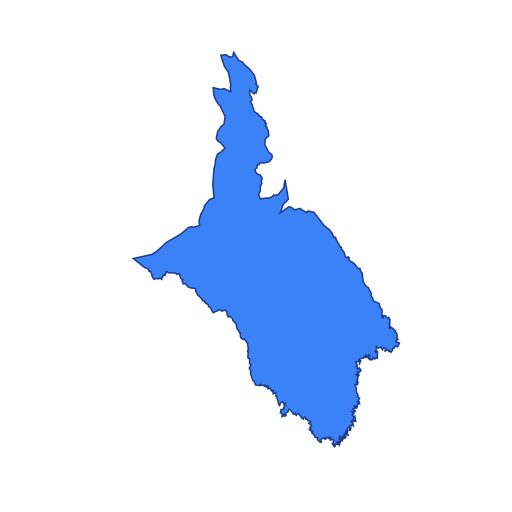 the district of Mueang Chaiyaphum, Chaiyaphum, Thailand, rotated 347°
{"feature_id": "78962969B81450935958728", "entity_name": "Mueang Chaiyaphum", "entity_type": "district", "adm_level": 2, "iso_a3": "THA", "parent_name": "Thailand", "parent_adm1": "Chaiyaphum", "projection": "equal_earth", "projection_center": [102.047, 15.936], "detail": "fine", "context": "isolated", "style": "filled", "palette": "blue", "viewbox_px": 512, "rotation_deg": 347, "n_neighbors": 0, "source": "geoboundaries", "source_scale": "gbopen_adm2", "svg_char_len": 6137}
<svg xmlns="http://www.w3.org/2000/svg" viewBox="0 0 512 512"><g transform="rotate(347 256 256)"><path d="M244.5,414.4L246.1,415.4L245.2,418.3L246.4,418.2L246.5,417.0L247.5,416.6L247.8,418.2L248.6,418.5L249.6,418.0L249.3,415.7L252.2,415.1L252.3,414.0L253.9,412.6L256.4,416.7L256.6,418.4L258.9,418.1L258.6,419.5L259.6,420.4L260.5,419.2L262.1,419.2L264.4,424.7L265.5,425.6L266.5,423.8L267.3,423.7L267.9,424.3L267.8,426.2L269.2,426.6L269.5,428.1L271.1,428.5L272.0,430.2L269.8,430.8L271.5,432.8L271.7,434.5L270.1,434.8L270.4,436.8L269.3,436.4L269.0,437.3L270.5,439.1L270.6,440.3L271.8,438.8L271.2,441.5L272.6,443.9L272.9,446.1L275.2,446.8L274.5,448.4L276.2,451.5L277.6,452.2L278.0,451.1L277.3,449.7L280.0,448.4L281.8,449.7L282.3,448.0L282.7,450.0L284.8,448.8L286.2,450.6L287.1,450.1L287.1,449.1L288.0,450.3L287.2,452.2L289.8,452.0L290.5,453.3L289.3,454.5L289.2,456.1L288.1,456.2L289.4,459.5L290.5,458.9L290.5,457.0L293.7,458.1L293.0,455.9L295.3,457.0L294.3,458.4L294.6,459.0L296.2,456.2L294.5,456.0L294.5,455.3L297.6,455.3L297.2,454.1L295.7,453.2L297.0,450.6L297.9,451.0L297.8,453.3L298.5,455.0L300.3,450.8L301.6,452.2L300.3,453.7L302.5,453.2L303.0,452.0L302.1,451.3L302.2,449.4L305.4,451.2L305.0,449.4L305.6,447.9L304.2,448.8L303.4,447.9L305.0,446.3L305.8,446.7L306.4,444.2L307.8,444.3L308.1,443.2L308.4,445.5L307.9,446.8L308.7,447.2L309.8,444.9L308.8,444.0L309.5,442.1L311.0,443.0L312.0,441.7L312.7,443.0L312.9,439.5L311.8,439.4L311.6,438.4L313.3,438.1L314.0,437.1L314.2,438.6L315.9,439.7L316.3,434.2L314.9,434.7L314.0,432.3L315.8,431.7L314.7,429.9L316.0,430.5L316.7,428.8L317.6,429.8L318.0,429.3L315.8,427.0L318.0,426.4L318.0,424.3L319.6,425.0L319.2,426.7L320.3,426.6L322.0,422.7L323.2,423.2L322.3,421.3L323.8,421.9L323.3,419.6L325.0,417.9L323.6,416.2L324.0,414.6L323.2,409.8L324.1,407.5L323.2,403.8L323.9,403.3L325.5,404.3L326.4,403.6L326.3,402.2L325.0,401.6L327.1,401.7L326.5,400.0L328.0,397.5L326.9,394.0L327.9,393.8L328.3,396.2L329.5,395.4L329.4,393.0L328.2,391.3L330.1,392.6L330.9,391.5L332.1,391.7L332.5,390.7L331.5,388.3L330.1,389.4L329.1,388.4L329.7,387.6L328.8,386.3L330.1,385.8L329.5,381.4L332.8,382.0L332.8,384.1L334.5,381.6L332.8,380.5L333.4,379.5L337.5,379.7L338.9,378.1L340.1,379.7L340.8,377.3L341.8,379.4L343.8,377.5L344.4,378.7L342.3,380.3L343.3,382.3L344.4,381.6L344.6,383.1L346.4,383.1L347.2,381.3L348.6,383.1L350.2,382.2L351.2,382.9L353.0,376.4L352.1,375.9L351.1,376.9L350.6,376.0L351.9,374.7L352.9,371.2L354.1,373.3L357.3,372.9L358.1,375.9L359.4,374.2L361.5,375.3L361.7,376.1L359.7,377.8L363.5,376.9L363.8,378.8L365.1,378.6L365.7,380.2L367.8,378.6L368.5,376.8L370.4,376.6L371.4,374.7L373.5,376.3L376.1,373.4L375.8,372.5L372.9,371.3L373.6,369.7L375.6,369.4L374.7,367.7L375.7,366.5L375.7,362.8L374.6,361.7L375.1,360.3L371.0,355.0L370.4,356.6L369.6,356.1L370.9,352.9L370.4,351.7L371.4,351.5L372.3,347.7L371.4,346.8L371.8,345.1L371.0,346.1L369.6,345.5L368.8,343.4L366.6,342.9L366.0,344.8L365.0,344.2L366.8,336.4L365.4,334.9L365.3,329.9L360.3,326.2L360.2,323.1L359.2,320.7L360.0,318.7L358.3,312.1L356.3,310.0L354.7,305.1L355.6,296.6L354.5,294.2L354.5,291.6L352.7,290.9L349.7,285.1L345.4,280.8L346.5,279.0L345.6,278.7L345.6,277.6L343.0,277.6L342.5,271.5L340.8,268.3L341.0,266.7L340.3,266.4L337.9,258.4L337.7,255.6L335.6,255.1L335.6,251.9L333.6,247.2L329.0,241.3L322.3,226.4L316.6,223.8L315.1,225.2L309.5,219.5L304.1,219.8L301.5,216.7L299.3,215.4L289.3,219.4L294.0,212.1L300.3,207.9L301.5,188.2L298.3,195.9L291.6,201.0L289.5,201.4L287.1,200.5L285.2,201.8L280.6,202.7L280.0,201.9L273.0,201.3L272.3,196.7L274.7,193.9L275.7,189.7L278.0,186.6L278.2,183.5L279.6,182.0L278.1,177.6L276.1,176.9L274.9,175.0L274.1,171.5L276.5,170.6L278.1,167.0L279.3,167.8L281.2,165.9L284.4,167.2L290.1,167.1L293.0,165.0L294.3,162.6L294.3,160.8L291.8,157.8L289.6,149.3L291.6,144.0L295.5,141.7L296.1,136.5L295.2,133.1L295.7,132.7L294.4,131.1L295.1,130.6L295.0,129.0L295.7,129.1L294.9,127.2L295.3,126.5L292.7,123.9L292.9,121.8L290.7,120.6L290.4,118.8L286.8,114.9L286.2,106.8L285.2,104.5L287.3,103.2L287.3,100.3L286.2,97.6L287.3,92.8L290.5,97.7L291.7,96.8L293.0,97.1L295.0,92.9L296.2,91.9L295.7,89.9L294.6,89.0L294.6,87.9L295.3,87.8L295.1,79.6L291.9,72.5L287.6,66.8L286.8,64.4L283.2,61.5L280.0,52.6L278.2,56.3L277.0,56.7L274.5,55.8L272.0,53.1L266.8,52.5L267.9,64.3L270.2,70.2L270.5,73.3L269.8,84.5L268.9,85.9L268.3,90.2L262.8,85.9L258.4,85.5L252.2,82.3L251.1,89.8L251.7,94.0L253.3,99.3L254.9,102.0L257.3,113.2L254.4,120.4L251.1,122.0L246.8,126.0L244.1,131.4L243.8,132.7L244.6,135.3L247.1,137.8L250.1,143.9L244.1,147.3L241.6,147.8L238.0,153.4L237.1,157.2L234.7,161.3L229.9,176.8L228.3,189.7L223.6,190.5L217.2,195.3L215.8,198.3L211.6,202.9L209.2,207.2L208.2,209.8L208.1,213.5L202.3,214.0L199.7,212.9L196.8,213.0L187.9,217.6L171.6,222.7L161.4,228.6L155.2,231.0L135.9,230.9L145.3,242.7L147.0,243.3L148.3,245.4L148.3,247.1L150.0,247.3L150.4,253.7L151.5,255.8L153.8,255.5L156.0,256.4L157.0,255.8L159.0,257.5L159.2,256.1L160.5,255.4L160.7,254.4L162.7,253.6L163.1,254.4L165.3,250.9L167.0,252.7L173.4,254.3L174.7,256.1L177.4,256.0L177.5,260.7L179.3,262.6L178.3,263.7L179.0,265.6L178.6,266.8L180.4,266.9L182.0,268.5L182.4,270.4L185.5,272.6L189.7,273.9L189.3,277.0L190.6,281.2L193.4,285.3L194.0,287.7L195.3,287.9L195.7,289.5L196.5,289.8L196.3,290.7L198.7,292.7L198.3,294.5L199.9,296.0L201.4,301.6L208.7,300.1L210.4,302.0L213.5,301.8L215.2,303.5L214.6,306.4L215.3,309.2L216.9,309.0L218.2,310.6L219.1,312.1L219.0,313.6L221.2,317.5L221.3,323.3L222.2,324.4L222.6,327.1L223.5,327.2L222.7,330.6L223.1,333.0L225.0,334.6L226.1,334.4L228.1,339.1L227.5,345.1L226.2,347.2L226.8,347.7L225.2,353.2L226.7,355.7L225.6,358.4L225.6,359.6L226.7,360.6L224.2,363.8L225.0,366.2L224.2,369.3L224.9,376.7L226.0,377.6L226.6,381.6L230.2,383.0L231.2,382.2L231.2,383.0L234.1,383.6L235.4,385.1L235.8,384.0L236.8,385.7L236.8,384.9L237.8,384.8L238.7,385.7L237.8,388.1L240.4,388.4L240.5,390.7L241.3,390.4L241.7,391.9L242.6,391.3L241.8,394.2L244.2,393.4L244.5,395.3L243.7,396.7L244.5,398.0L244.8,405.9L245.4,407.0L246.8,404.7L249.1,404.0L250.2,406.4L251.0,406.4L249.8,407.3L251.0,408.0L248.7,410.2L248.7,411.4L245.8,411.3L244.5,414.4Z" fill="#3b82f6" stroke="#1e3a8a" stroke-width="1.5"/></g></svg>